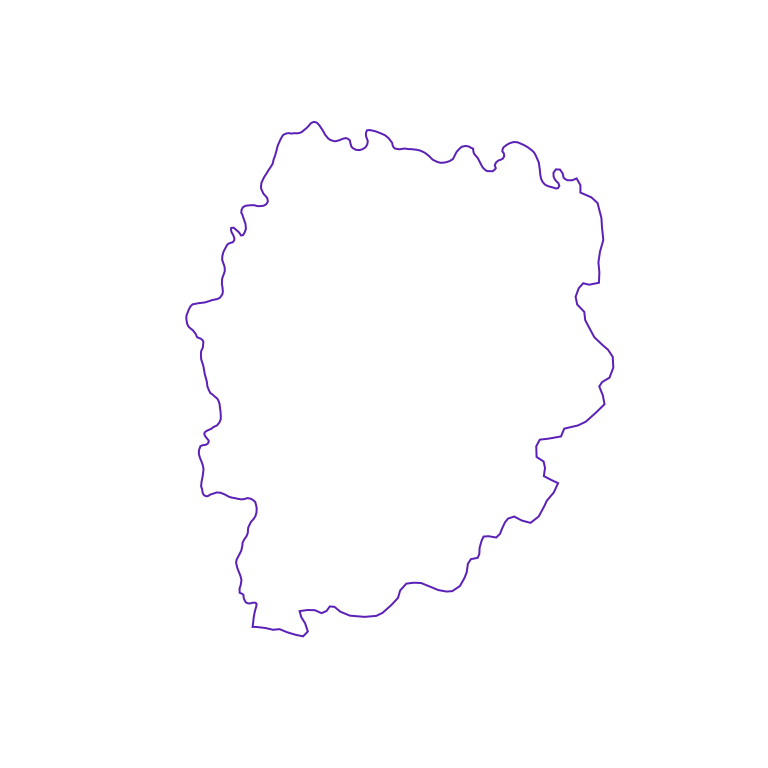 Haradok, Vitebsk, Belarus, rotated 115°
{"feature_id": "67162791B30546828632542", "entity_name": "Haradok", "entity_type": "district", "adm_level": 2, "iso_a3": "BLR", "parent_name": "Belarus", "parent_adm1": "Vitebsk", "projection": "orthographic", "projection_center": [30.062, 55.617], "detail": "fine", "context": "isolated", "style": "outline", "palette": "violet", "viewbox_px": 768, "rotation_deg": 115, "n_neighbors": 0, "source": "geoboundaries", "source_scale": "gbopen_adm2", "svg_char_len": 5722}
<svg xmlns="http://www.w3.org/2000/svg" viewBox="0 0 768 768"><g transform="rotate(115 384 384)"><path d="M659.7,400.4L658.1,396.9L655.3,388.5L653.6,380.6L650.3,375.0L649.9,366.6L648.6,357.9L646.9,350.7L640.5,348.4L634.2,354.4L630.3,360.4L625.5,364.5L621.1,357.7L618.2,351.0L618.1,343.8L614.1,340.2L608.5,339.1L606.9,334.7L608.8,327.5L608.4,317.2L605.5,309.2L603.1,302.9L597.4,293.0L592.2,288.7L581.4,284.0L571.9,280.9L564.3,282.1L555.5,279.4L551.5,273.0L548.7,266.3L548.2,256.4L547.8,247.6L545.7,239.7L542.9,234.6L535.0,229.8L525.8,229.1L519.5,229.5L511.5,232.0L506.0,231.2L502.0,225.7L498.0,225.7L492.1,228.1L484.9,229.3L480.2,229.3L477.8,225.0L475.7,217.4L470.6,215.5L465.8,215.9L458.3,215.9L453.5,214.7L449.1,210.0L449.5,201.3L447.9,192.5L438.7,187.8L426.8,187.1L420.9,187.1L410.6,184.3L400.3,184.3L400.3,191.9L399.9,200.2L392.0,202.6L386.8,206.6L385.6,214.9L376.1,219.7L368.6,219.3L364.2,212.1L356.7,201.4L348.3,201.8L339.6,190.7L332.9,185.2L319.8,179.6L309.1,175.6L301.9,180.8L295.2,187.9L290.0,187.1L282.9,182.3L272.2,183.1L262.7,188.2L258.3,195.4L256.3,202.5L252.7,213.2L245.9,222.3L241.1,228.6L234.0,233.0L230.3,242.5L224.0,247.2L214.8,248.0L208.5,246.0L207.3,240.0L201.4,232.0L191.8,236.0L183.1,241.1L172.7,244.2L160.8,246.1L149.6,252.8L141.7,257.1L129.7,267.0L127.2,274.9L127.5,286.9L120.8,290.0L116.3,296.3L119.8,299.5L121.8,303.8L121.7,306.3L121.2,308.4L117.7,311.0L115.3,315.1L116.8,318.9L120.9,319.7L124.1,318.1L125.8,316.4L127.2,314.0L128.3,310.8L130.2,308.9L132.9,309.1L134.1,310.6L134.6,314.6L135.2,317.6L135.4,320.6L135.2,322.5L134.0,325.3L132.0,328.0L128.6,330.6L123.4,333.7L118.0,337.2L115.5,339.9L112.4,343.5L110.7,346.0L109.7,348.9L108.7,353.5L108.3,358.3L108.5,365.2L110.0,368.9L112.8,372.0L115.8,374.1L119.0,375.7L121.2,375.7L123.1,375.1L124.4,372.8L126.7,371.3L129.6,371.6L131.0,372.6L133.0,374.7L135.8,376.1L137.6,376.1L139.1,376.0L141.1,373.9L142.7,374.2L145.3,375.5L146.4,378.1L147.5,380.7L147.1,383.2L146.0,386.1L144.5,388.2L142.1,391.3L139.7,394.3L137.5,399.2L136.2,400.7L133.9,402.3L133.1,402.6L133.1,404.1L133.1,405.5L132.9,407.5L133.8,410.7L136.1,413.8L138.9,415.0L142.8,416.3L148.6,416.5L151.0,416.6L154.2,418.7L156.1,420.7L157.8,422.8L159.5,426.0L160.2,429.3L160.2,432.6L160.1,434.7L159.3,437.1L158.4,439.4L157.2,444.5L157.1,446.8L157.2,450.0L158.0,453.8L158.9,456.4L159.7,458.7L160.8,461.2L161.7,464.4L163.2,466.9L164.6,468.9L165.7,472.4L166.0,473.8L165.1,475.8L164.0,477.1L162.0,478.5L160.9,480.7L159.3,483.6L158.1,488.3L158.2,492.3L158.4,496.1L158.7,499.2L159.2,501.5L160.0,504.6L161.3,506.6L163.1,506.6L165.1,506.1L167.5,504.6L169.3,502.7L170.8,501.3L174.1,500.4L177.3,500.8L180.4,502.8L182.4,505.1L183.6,508.3L183.4,512.1L182.5,514.0L180.2,516.0L177.5,518.1L177.0,520.7L177.3,522.6L179.1,524.9L180.5,526.2L182.0,527.5L184.5,530.6L185.1,532.2L185.5,536.0L185.1,538.3L182.7,543.2L181.6,544.4L179.5,547.6L178.3,549.6L177.0,551.7L175.6,555.0L175.7,556.9L176.2,558.5L178.4,560.4L181.5,561.3L184.2,562.1L190.7,565.2L192.4,567.0L193.5,568.6L194.6,571.3L196.2,573.8L196.8,576.1L198.1,578.3L200.5,580.4L202.2,580.9L206.1,581.2L209.5,581.1L212.2,581.1L215.1,580.7L217.7,580.1L220.5,579.7L223.1,579.2L226.5,579.0L231.7,578.0L236.4,578.6L239.2,579.1L239.5,579.1L242.2,579.4L244.8,579.7L247.4,580.1L250.5,580.1L253.5,580.1L257.1,578.9L258.9,577.9L262.5,573.7L263.6,571.0L264.7,568.6L267.4,566.5L268.9,566.4L271.1,566.8L273.4,568.6L275.3,571.7L276.3,574.0L276.8,577.2L278.0,579.8L279.0,581.6L281.0,584.8L283.5,586.6L286.3,586.7L289.0,585.8L290.5,583.8L292.5,582.0L294.8,579.8L297.2,577.4L299.3,576.1L301.8,574.7L305.2,574.4L308.4,574.6L309.8,576.3L307.9,579.4L306.6,583.7L305.9,586.3L307.1,588.4L308.5,588.1L310.7,586.5L312.9,583.4L315.3,581.1L317.1,580.5L319.5,581.0L320.8,582.6L322.5,584.2L324.2,585.0L326.5,585.1L329.8,585.3L332.5,585.3L336.3,584.6L339.8,583.2L342.1,581.0L344.5,578.6L346.3,577.3L349.1,576.0L352.5,575.6L355.7,575.4L357.6,575.0L359.1,574.3L362.1,573.1L363.8,571.8L366.0,570.4L368.6,569.0L370.7,568.4L375.0,569.1L377.3,570.8L379.0,573.1L380.7,575.4L382.9,577.6L385.6,580.6L387.1,582.9L389.3,586.5L391.4,589.3L392.7,591.2L395.5,592.2L399.0,592.4L401.4,592.2L405.1,592.0L407.8,591.1L410.1,589.6L412.8,587.7L414.7,585.3L415.5,582.6L416.0,580.1L417.7,576.7L418.8,575.1L420.4,573.5L420.6,571.3L420.3,569.5L421.0,566.8L422.3,565.4L423.9,564.9L427.4,563.6L431.4,563.6L434.9,562.3L438.9,560.1L444.1,555.3L450.8,550.6L456.8,545.5L460.9,543.0L463.6,540.1L465.6,537.6L466.1,534.5L466.9,532.2L467.6,529.2L468.9,527.2L471.7,524.5L474.1,523.1L476.7,521.4L479.0,520.0L481.9,518.4L485.0,517.1L488.3,516.9L492.2,517.9L493.8,519.3L495.6,520.7L497.5,521.5L500.2,523.9L501.6,525.0L503.0,525.8L504.4,526.0L505.7,525.5L506.6,524.3L507.3,523.3L507.9,521.9L508.4,521.0L509.2,519.2L510.5,518.4L512.6,518.6L514.3,519.8L515.1,520.9L516.2,522.6L518.0,524.1L522.3,523.7L525.3,522.4L527.1,521.0L529.4,518.9L530.7,517.4L534.1,514.0L537.2,511.7L541.2,510.3L544.5,509.3L547.9,508.5L550.1,507.9L554.1,506.5L556.3,504.3L559.4,502.3L560.7,500.4L561.0,498.6L560.5,496.8L559.3,495.7L557.5,494.6L555.4,492.3L553.0,489.8L551.7,486.4L551.4,482.0L551.7,477.1L551.3,474.0L550.4,470.6L549.7,467.4L548.8,464.3L547.2,461.9L545.1,459.5L544.4,456.8L544.4,454.0L545.3,450.9L547.9,448.7L550.3,446.9L554.3,445.3L558.0,444.7L561.3,445.1L565.2,446.3L569.1,446.4L571.8,446.3L576.6,444.5L580.3,444.3L583.8,445.0L587.6,445.1L590.2,444.1L595.5,442.9L600.0,443.1L605.4,443.3L608.4,442.6L612.6,439.3L615.4,436.4L618.6,433.0L622.0,430.3L626.4,429.0L630.6,428.4L634.2,426.6L634.1,423.6L634.5,422.3L635.9,421.5L637.6,420.4L639.4,418.3L640.3,416.8L640.3,414.6L639.4,412.5L637.5,410.3L636.6,408.0L637.1,406.6L639.3,405.8L643.3,405.2L646.2,404.6L651.4,403.2L653.9,402.3L659.7,400.4Z" fill="none" stroke="#5b21b6" stroke-width="2"/></g></svg>